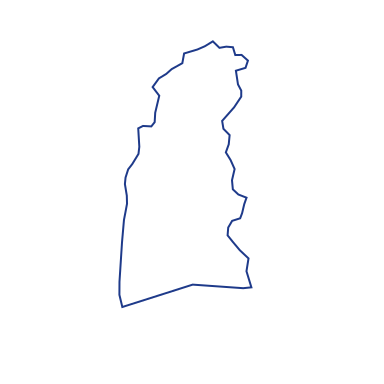 São Francisco do Oeste, Rio Grande do Norte, Brazil, rotated 320°
{"feature_id": "56859067B39459166800454", "entity_name": "São Francisco do Oeste", "entity_type": "district", "adm_level": 2, "iso_a3": "BRA", "parent_name": "Brazil", "parent_adm1": "Rio Grande do Norte", "projection": "robinson", "projection_center": [-38.17, -5.99], "detail": "fine", "context": "isolated", "style": "outline", "palette": "blue", "viewbox_px": 384, "rotation_deg": 320, "n_neighbors": 0, "source": "geoboundaries", "source_scale": "gbopen_adm2", "svg_char_len": 943}
<svg xmlns="http://www.w3.org/2000/svg" viewBox="0 0 384 384"><g transform="rotate(320 192 192)"><path d="M64.7,235.3L133.0,263.4L169.4,298.6L176.2,303.2L182.8,287.7L192.6,279.2L191.2,267.4L191.2,256.3L191.4,248.1L196.9,242.5L204.2,239.9L212.0,243.1L216.8,240.4L224.2,234.9L230.1,231.4L225.9,223.7L225.0,216.2L230.2,208.7L239.4,201.8L242.1,192.3L243.4,183.4L250.8,179.1L257.4,172.6L256.7,163.8L260.8,156.9L278.7,154.2L291.0,150.6L294.9,146.0L296.4,139.1L303.6,127.3L312.8,131.3L319.3,127.3L318.1,118.9L313.2,114.9L316.4,107.4L311.7,102.7L305.7,99.2L304.8,90.0L295.5,88.6L287.7,86.3L275.0,80.8L267.4,87.1L255.4,84.8L248.2,85.0L239.7,83.7L229.3,86.3L228.8,97.2L214.8,107.6L208.3,114.5L203.0,115.6L196.9,109.9L191.7,108.7L180.7,123.5L175.5,128.4L164.2,132.2L157.7,133.6L150.4,138.2L145.7,142.8L139.7,152.9L134.7,159.2L128.4,164.4L122.0,169.6L106.1,185.5L78.7,214.2L70.3,224.1L64.7,235.3Z" fill="none" stroke="#1e3a8a" stroke-width="2"/></g></svg>